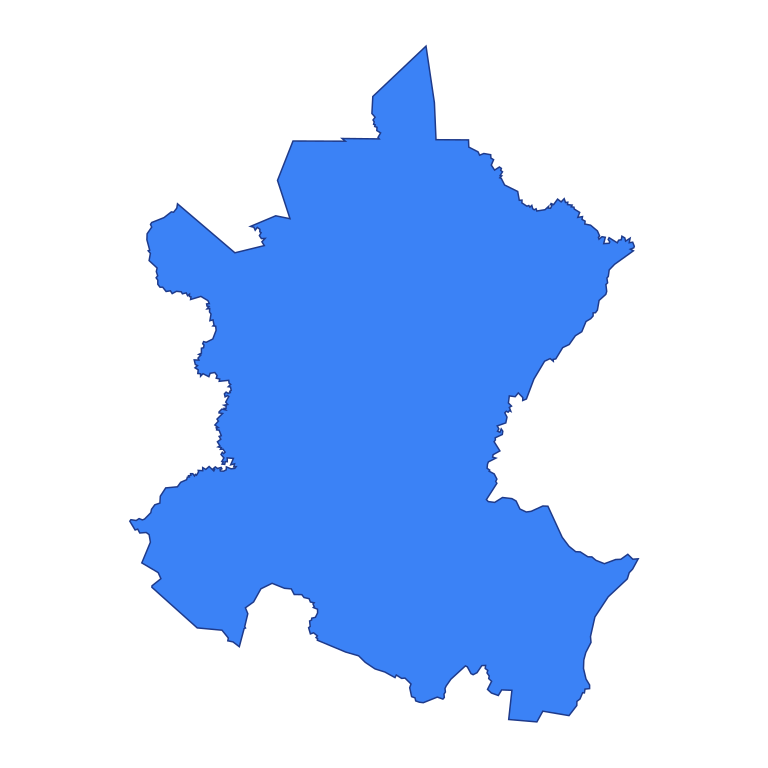 outline of Hastings District, Hawke's Bay, New Zealand
{"feature_id": "76426892B40769329119322", "entity_name": "Hastings District", "entity_type": "district", "adm_level": 2, "iso_a3": "NZL", "parent_name": "New Zealand", "parent_adm1": "Hawke's Bay", "projection": "robinson", "projection_center": [176.628, -39.374], "detail": "fine", "context": "isolated", "style": "filled", "palette": "blue", "viewbox_px": 768, "rotation_deg": 0, "n_neighbors": 0, "source": "geoboundaries", "source_scale": "gbopen_adm2", "svg_char_len": 6130}
<svg xmlns="http://www.w3.org/2000/svg" viewBox="0 0 768 768"><path d="M147.1,233.8L146.9,239.8L149.7,250.2L148.2,250.8L150.4,253.3L149.1,260.6L157.1,268.0L156.3,271.6L157.7,275.8L156.1,277.8L157.8,280.1L157.8,284.3L160.0,287.2L162.7,287.2L166.1,291.5L170.4,290.8L172.2,293.6L176.5,291.3L181.2,291.8L182.4,293.8L186.2,292.9L187.6,295.7L189.5,294.2L189.4,296.5L191.0,296.9L190.6,299.5L200.9,296.4L207.9,300.6L209.3,303.6L206.6,303.9L207.0,306.1L209.0,306.5L207.0,308.9L209.7,308.6L209.5,311.9L211.0,314.0L209.9,320.7L213.0,319.9L214.0,325.0L213.0,325.9L215.7,326.2L216.1,330.3L212.8,339.0L206.2,342.3L203.6,341.6L202.7,343.8L204.0,345.0L203.6,347.7L201.4,348.2L201.4,353.2L198.8,354.4L200.8,355.1L198.0,358.1L198.9,360.1L194.2,359.9L195.3,364.5L197.5,365.6L195.0,367.8L198.2,369.8L197.8,373.5L200.6,373.8L200.6,376.2L203.0,373.7L208.9,376.7L210.1,373.3L214.8,372.5L217.1,375.5L216.2,378.2L219.7,379.0L219.2,381.3L228.7,380.3L229.1,383.2L230.7,384.4L228.3,386.7L230.5,387.0L231.2,390.4L229.8,391.3L230.3,392.6L228.0,393.3L226.1,392.1L224.4,393.8L225.1,396.9L227.4,395.6L228.8,396.5L225.7,402.1L227.7,404.5L224.0,405.2L226.2,406.3L226.0,408.3L224.3,408.4L225.7,409.9L221.9,409.1L219.1,411.8L219.0,412.9L222.6,413.5L217.0,419.1L218.4,421.1L214.9,425.0L218.2,427.5L215.6,427.7L216.9,428.2L216.6,429.9L219.1,430.2L221.3,435.7L219.1,436.4L220.8,439.2L217.4,441.8L219.9,445.8L218.1,446.9L221.3,447.6L220.4,449.3L223.1,449.2L225.1,452.2L223.6,453.6L222.3,452.3L221.0,454.5L223.9,457.9L221.8,461.5L223.3,461.9L222.1,464.1L224.7,464.4L225.3,461.6L227.3,461.7L227.2,457.9L233.4,458.4L230.7,464.8L234.6,463.8L233.8,466.8L236.1,466.7L234.8,468.4L231.1,468.8L226.4,466.9L226.2,469.8L223.5,471.2L220.4,471.0L220.1,469.7L221.9,468.8L221.1,467.4L217.6,468.5L215.3,466.9L213.3,468.6L214.6,469.3L213.8,470.9L209.1,466.5L205.8,469.4L202.7,467.6L202.7,470.7L198.2,470.4L198.5,472.0L196.5,475.2L195.4,474.4L194.5,476.0L192.8,473.7L190.6,473.7L190.8,475.4L188.6,475.7L189.2,477.0L187.4,477.1L186.6,479.7L180.7,482.3L177.4,486.8L165.7,487.9L160.3,496.2L159.9,503.1L154.8,504.8L151.5,509.3L150.8,512.7L144.5,519.1L142.4,519.9L139.1,518.6L136.2,520.5L130.9,519.7L129.8,521.2L135.1,530.0L137.7,529.1L139.8,533.0L146.2,532.5L149.1,534.6L150.4,542.2L141.8,562.9L158.2,572.6L160.9,578.7L152.0,585.8L151.9,587.3L197.2,627.9L222.0,630.2L228.3,638.0L227.8,640.8L233.0,641.9L239.3,646.7L244.1,628.6L245.5,628.0L244.7,626.7L247.8,613.7L245.4,607.8L253.6,601.9L260.9,588.8L272.1,583.3L284.5,588.3L291.3,588.9L294.2,594.5L301.8,594.6L304.0,597.5L309.1,598.7L310.4,602.0L314.1,602.8L313.0,604.0L314.2,606.6L313.3,607.5L317.5,609.2L317.6,612.9L315.4,617.3L311.7,618.2L311.6,620.0L309.6,621.0L310.2,626.4L308.6,627.7L310.4,633.9L313.6,632.8L317.4,635.9L316.0,637.6L317.6,638.6L317.3,640.2L345.8,652.1L358.6,655.8L365.3,662.4L375.0,668.9L384.8,672.0L395.0,677.6L396.3,675.0L401.6,678.4L405.0,678.1L411.0,684.0L409.7,687.7L411.6,696.6L415.0,697.9L415.7,700.9L419.3,702.2L423.3,702.7L437.3,697.1L442.9,699.1L444.3,697.5L444.0,694.1L445.4,692.0L445.0,688.5L446.2,685.9L450.9,679.2L465.4,665.9L467.3,666.8L471.0,673.6L473.1,674.7L477.0,672.7L481.8,665.6L485.6,665.4L485.2,668.5L487.8,670.4L487.0,672.9L489.2,676.0L488.7,678.6L491.6,681.3L487.5,689.4L491.4,693.0L498.3,695.5L501.7,689.9L511.9,690.3L508.7,719.5L536.9,721.9L542.8,711.2L569.0,715.6L576.8,705.5L576.9,701.4L580.0,699.0L582.6,692.7L584.4,692.9L585.0,689.1L589.6,688.6L589.6,685.0L586.0,679.0L583.5,668.5L583.8,660.0L585.8,652.5L591.0,642.4L590.5,636.5L594.9,617.0L608.2,596.8L627.3,578.9L629.2,572.7L632.6,569.1L638.2,558.8L632.8,559.2L627.8,554.3L620.8,559.3L615.7,559.5L604.4,563.7L595.9,560.3L591.9,556.9L587.9,556.8L580.3,551.9L575.7,551.7L569.0,546.3L562.2,537.3L547.9,506.2L542.8,506.0L531.2,511.3L526.3,512.0L519.9,509.0L516.1,501.0L511.9,498.6L502.5,497.5L494.7,502.4L488.3,501.6L486.4,499.6L496.9,483.3L495.7,481.4L496.9,479.1L494.2,473.9L489.1,471.2L489.7,470.1L487.1,468.3L487.5,464.2L488.4,461.9L495.9,458.1L492.6,457.1L493.1,454.7L499.9,450.9L494.1,441.7L495.4,439.9L495.2,437.8L502.3,434.5L502.8,431.2L501.2,428.9L499.9,432.3L497.5,431.2L498.9,428.9L497.2,425.9L505.8,422.9L507.0,417.1L504.8,412.8L506.3,411.2L508.1,412.2L509.5,410.6L510.8,411.3L509.3,407.4L511.5,406.1L508.4,403.0L509.3,395.9L515.2,396.7L518.3,392.9L522.8,397.6L522.7,400.5L526.4,399.0L533.9,379.1L544.6,361.2L550.1,358.6L553.3,361.2L553.2,359.4L555.8,358.9L562.7,347.6L569.2,344.5L575.4,335.7L581.8,331.7L586.0,321.5L590.7,318.7L593.1,316.0L593.1,312.9L595.5,312.7L597.4,310.1L599.1,300.4L605.8,294.4L606.7,291.4L605.9,284.5L607.6,282.8L606.9,278.1L608.3,276.4L609.2,269.9L614.6,264.3L633.4,250.8L630.3,249.2L633.8,247.8L634.3,246.3L632.7,242.2L629.2,242.7L630.1,238.2L625.6,241.1L624.8,237.9L621.9,236.2L621.3,239.7L618.6,240.2L617.3,242.8L609.1,237.7L608.2,239.5L609.8,241.9L609.1,243.3L603.7,243.6L605.3,237.3L602.0,236.7L599.0,239.2L598.4,237.4L599.6,235.9L597.4,230.9L590.6,225.2L584.8,224.0L585.1,221.1L582.0,219.4L582.5,216.6L577.8,217.4L579.7,212.4L574.2,209.0L574.0,207.2L571.2,206.8L572.1,205.1L567.5,204.6L567.8,202.2L565.5,202.5L564.2,198.7L561.1,201.9L557.6,199.1L553.6,204.6L551.1,203.5L550.6,204.6L551.9,205.6L550.5,208.3L548.3,208.1L548.6,206.4L545.0,209.7L536.8,211.0L536.1,208.8L534.2,209.8L532.7,208.7L531.8,205.4L529.9,207.1L528.8,205.5L526.9,206.2L521.9,202.9L522.0,200.1L519.3,200.3L517.7,191.5L504.6,185.0L501.3,178.4L499.8,177.8L501.7,175.9L500.1,175.6L502.5,171.8L500.7,170.4L501.4,168.4L499.4,167.0L494.6,170.1L491.3,165.1L493.6,159.7L490.9,158.0L490.7,154.7L483.8,153.5L479.6,155.2L478.1,151.9L468.8,147.1L468.5,139.9L436.0,139.7L434.4,102.7L426.0,46.1L372.8,96.5L371.9,113.5L375.1,117.2L373.0,120.0L374.2,121.9L373.6,124.3L375.2,124.9L374.7,126.5L377.0,127.3L376.8,130.6L380.6,132.9L378.0,137.4L379.2,138.9L342.1,138.5L345.3,141.2L293.0,141.0L277.5,180.4L290.0,218.7L275.7,215.8L250.5,226.4L253.9,227.3L255.2,230.2L257.3,227.4L259.9,229.3L259.8,231.8L261.1,232.7L259.4,235.6L261.4,238.6L265.1,238.4L261.9,241.8L264.3,245.6L234.9,252.8L177.5,203.8L176.8,208.1L173.6,212.2L171.3,211.9L164.0,217.6L151.7,222.5L150.5,224.4L151.7,227.1L147.1,233.8Z" fill="#3b82f6" stroke="#1e3a8a" stroke-width="1.5"/></svg>